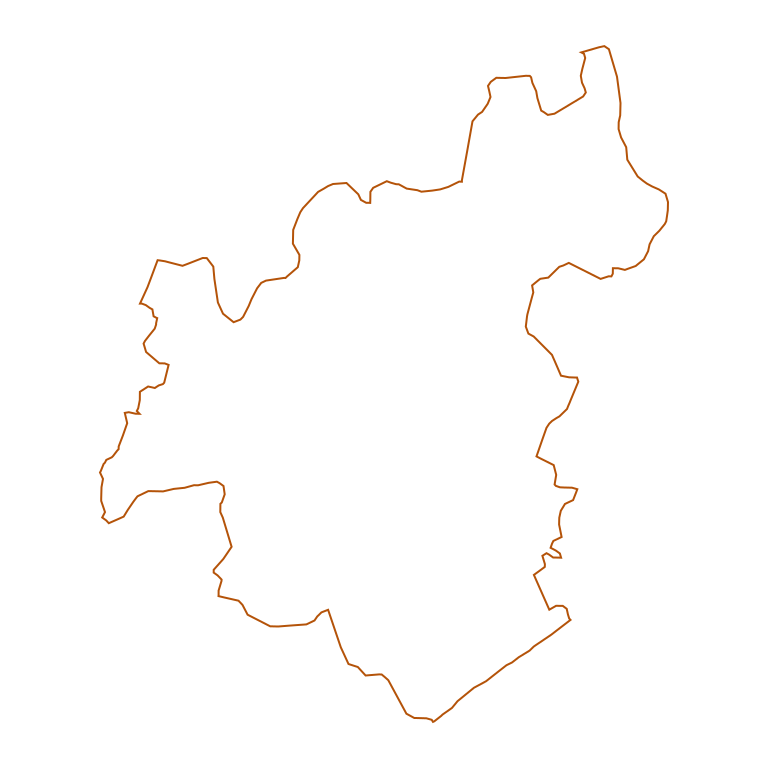 Abu Kabir, Ash Sharqiyah, Egypt
{"feature_id": "37247803B57835659409223", "entity_name": "Abu Kabir", "entity_type": "district", "adm_level": 2, "iso_a3": "EGY", "parent_name": "Egypt", "parent_adm1": "Ash Sharqiyah", "projection": "robinson", "projection_center": [31.698, 30.732], "detail": "fine", "context": "isolated", "style": "outline", "palette": "amber", "viewbox_px": 768, "rotation_deg": 0, "n_neighbors": 0, "source": "geoboundaries", "source_scale": "gbopen_adm2", "svg_char_len": 4373}
<svg xmlns="http://www.w3.org/2000/svg" viewBox="0 0 768 768"><path d="M433.0,721.9L434.3,721.3L441.2,715.9L442.5,714.6L452.0,707.9L457.5,701.2L473.9,687.8L486.1,681.2L492.7,676.0L499.7,670.5L506.5,665.2L512.0,662.5L518.8,657.2L529.6,650.6L533.7,646.6L535.7,645.2L551.4,634.6L555.9,631.1L570.5,619.9L569.2,618.5L567.9,614.3L567.4,611.9L566.7,608.8L565.6,608.0L562.8,605.9L556.1,605.8L549.3,609.7L533.9,574.9L539.0,571.2L544.8,566.9L544.9,564.1L542.4,555.8L546.5,553.2L549.1,554.6L553.1,557.5L558.4,557.6L561.1,557.7L560.2,554.6L559.9,553.5L555.9,550.6L553.3,549.2L550.6,547.8L552.1,543.5L553.4,540.9L561.6,537.0L559.1,524.5L559.2,520.4L559.3,517.6L560.8,510.8L564.4,504.9L564.9,504.0L567.6,502.7L573.1,500.1L576.2,492.2L577.3,489.2L572.0,487.7L568.0,487.6L564.0,487.5L559.9,487.3L555.9,485.9L554.6,484.5L556.2,474.9L553.7,465.1L540.3,458.4L536.5,456.4L542.6,438.8L546.5,427.8L549.2,423.7L552.0,421.0L556.1,418.3L557.1,417.7L559.4,416.4L562.9,413.0L567.0,409.0L568.1,406.2L569.8,402.3L570.5,400.5L578.3,381.7L577.3,378.5L577.0,377.5L574.4,377.5L569.0,377.3L561.0,375.7L557.4,367.3L554.4,360.4L553.2,357.7L552.0,354.9L533.7,336.5L528.4,333.6L525.8,326.6L526.3,322.5L527.0,316.5L527.4,314.3L531.8,297.8L533.3,292.4L532.1,285.4L538.7,280.0L540.3,278.8L548.3,277.6L559.3,266.8L563.3,265.5L568.8,262.9L600.6,278.9L608.7,276.3L611.4,276.4L612.8,273.7L612.9,268.2L618.3,268.3L624.9,269.9L628.1,268.7L635.7,266.0L636.9,265.0L643.9,259.3L648.1,251.2L649.6,244.3L653.8,236.2L659.3,230.8L664.8,224.0L666.2,221.3L667.1,215.3L667.8,210.3L668.0,202.1L665.5,193.7L658.8,189.4L655.6,188.0L652.2,186.5L646.9,183.6L642.9,180.7L637.7,176.5L627.3,159.7L626.2,147.2L621.1,137.5L618.6,129.1L618.7,122.2L620.2,115.4L620.5,103.0L617.0,76.7L608.9,49.2L604.3,46.1L598.9,47.3L581.3,52.4L584.0,53.8L585.2,58.0L582.3,69.0L580.8,75.8L582.0,82.7L584.6,88.3L585.8,92.5L583.1,96.5L554.5,113.7L547.8,114.9L544.8,112.8L543.8,112.1L541.2,110.6L537.4,98.1L536.2,91.2L532.4,82.9L531.1,77.3L529.8,75.9L525.8,75.8L505.6,78.0L500.3,77.9L496.3,77.8L490.8,81.8L488.0,85.9L489.3,91.4L490.5,97.0L487.7,103.8L482.1,111.9L478.0,114.6L472.5,121.3L467.1,151.6L461.9,180.3L461.9,181.7L459.2,181.6L448.3,186.9L440.2,189.4L432.2,190.6L421.4,191.7L417.4,190.2L406.7,188.6L404.1,187.2L401.4,185.7L398.8,184.3L396.1,184.2L390.8,182.7L386.8,181.2L378.8,185.1L373.2,187.8L370.4,191.8L370.3,200.1L370.2,202.9L368.9,202.8L367.8,202.8L366.2,202.8L360.9,199.9L358.3,194.3L351.4,187.7L346.5,183.0L342.5,183.3L333.0,184.0L328.0,186.1L323.9,188.6L318.1,191.9L307.2,203.6L303.0,208.1L300.3,212.2L297.4,219.0L293.2,229.9L292.9,243.7L296.0,249.0L299.4,254.9L299.3,260.4L297.8,267.2L286.9,276.6L285.5,278.0L284.1,277.9L266.0,280.6L261.2,282.9L257.1,288.3L251.5,299.2L248.7,306.0L243.1,316.9L240.4,319.6L233.6,322.2L223.0,313.7L217.9,302.5L214.4,279.0L213.3,266.6L206.8,258.1L202.7,258.0L187.3,264.0L182.5,265.8L168.5,262.2L165.1,261.3L160.1,260.5L157.6,260.2L151.2,277.4L147.5,287.2L140.0,303.6L141.8,303.6L145.8,305.1L149.7,307.9L152.4,309.4L153.6,316.3L156.2,317.7L157.2,318.1L156.1,323.3L156.1,324.6L154.7,328.7L149.2,335.5L145.0,340.9L143.6,343.6L146.1,352.0L159.3,363.3L164.7,363.4L168.6,364.9L164.2,382.7L162.9,384.1L158.8,385.4L154.8,388.0L148.1,386.5L139.9,391.8L139.8,400.1L138.2,408.3L136.8,411.0L139.5,413.8L135.5,413.7L128.8,412.2L124.8,412.9L127.2,423.2L122.9,435.5L118.7,446.4L118.6,449.2L117.3,450.5L113.1,456.0L111.8,457.3L106.3,459.9L104.9,462.7L103.6,464.0L100.8,471.0L100.0,472.5L103.0,478.9L101.5,487.2L101.2,498.3L101.2,500.9L105.0,512.1L102.2,517.5L106.2,520.4L108.8,523.2L117.9,519.2L123.7,516.6L127.8,509.9L133.4,501.7L136.0,498.2L137.5,496.3L140.2,495.0L148.3,491.1L153.7,491.2L163.1,491.4L173.8,488.9L181.6,488.1L184.6,487.8L194.0,485.2L198.0,485.3L208.8,482.8L216.9,481.7L219.5,483.1L222.4,485.2L223.5,486.0L224.7,494.3L221.8,502.5L220.4,503.8L220.3,512.1L222.8,517.6L231.6,546.8L226.1,554.9L223.3,559.0L213.7,569.8L213.7,571.4L213.7,572.6L217.6,575.4L221.6,579.6L221.5,581.0L218.6,590.6L218.6,594.7L218.5,596.1L224.4,597.5L238.5,600.7L242.5,604.9L247.6,614.7L270.2,626.3L274.2,626.4L278.2,626.5L289.7,625.6L306.4,624.4L314.5,620.5L317.3,616.4L318.7,615.1L321.4,612.4L328.1,609.8L340.8,647.3L348.5,664.0L353.7,665.7L357.8,667.0L365.6,675.5L379.1,674.4L381.7,674.5L384.7,677.0L388.3,680.2L406.4,713.7L414.3,718.0L415.9,718.0L426.4,718.3L431.7,719.8L433.0,721.9Z" fill="none" stroke="#b45309" stroke-width="2"/></svg>